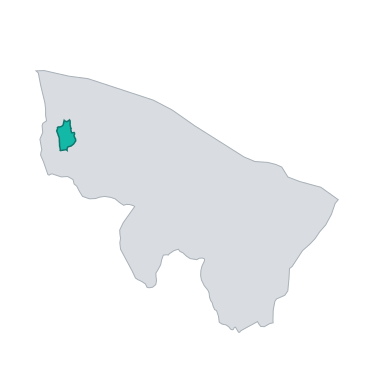 Potupo, River Gee, Liberia (highlighted), rotated 170°
{"feature_id": "62588387B58359330496040", "entity_name": "Potupo", "entity_type": "district", "adm_level": 2, "iso_a3": "LBR", "parent_name": "Liberia", "parent_adm1": "River Gee", "projection": "albers", "projection_center": [-7.817, 5.334], "detail": "fine", "context": "in_parent", "style": "filled", "palette": "teal", "viewbox_px": 384, "rotation_deg": 170, "n_neighbors": 0, "source": "geoboundaries", "source_scale": "gbopen_adm2", "svg_char_len": 3604}
<svg xmlns="http://www.w3.org/2000/svg" viewBox="0 0 384 384"><g transform="rotate(170 192 192)"><path d="M49.3,159.0L53.0,155.9L58.5,145.9L66.1,136.3L73.2,130.6L78.8,124.8L84.8,120.3L93.3,115.1L106.3,101.3L109.3,99.7L111.5,90.1L114.8,78.0L118.5,74.2L127.3,72.0L129.4,69.9L132.6,61.3L134.6,51.3L134.8,49.1L138.3,48.9L144.2,46.8L147.7,47.7L149.2,50.6L150.0,53.0L168.0,46.9L169.5,45.6L170.5,45.8L172.7,51.4L174.0,51.1L175.1,49.5L176.3,49.3L177.7,50.1L179.1,52.7L181.4,55.1L185.3,56.7L187.8,59.0L187.5,65.0L188.4,70.9L190.1,72.2L191.0,75.7L191.4,79.6L192.4,81.6L193.0,85.4L192.7,89.6L193.4,92.5L196.2,97.6L198.0,103.9L198.0,108.4L196.9,113.1L195.0,117.4L191.6,122.1L191.4,124.0L193.3,125.2L196.4,125.5L198.9,124.5L205.3,126.7L208.6,129.8L211.5,133.7L214.2,135.6L215.4,138.0L219.9,137.4L225.1,135.1L226.2,134.0L227.8,134.6L231.2,134.8L233.6,130.6L235.5,125.8L239.6,120.6L241.6,118.5L242.1,115.2L242.3,110.9L243.8,107.1L247.2,105.1L250.8,105.1L252.8,105.9L253.8,109.5L256.7,112.3L259.2,114.2L260.5,115.0L262.6,117.1L264.6,124.4L272.3,148.0L271.9,154.5L270.4,158.8L270.3,163.0L269.8,167.1L265.0,173.8L251.0,187.6L252.1,188.8L255.4,190.4L258.8,191.2L261.6,190.8L265.2,194.2L268.9,198.6L272.9,200.8L278.7,202.8L283.8,203.0L288.1,202.3L294.2,203.1L300.6,206.7L302.9,212.6L304.5,217.8L306.7,220.4L307.0,224.9L311.7,228.8L318.2,229.6L326.7,234.2L328.9,233.9L329.8,233.4L330.9,234.2L333.0,247.5L334.7,254.6L333.8,257.4L332.6,259.6L332.6,270.4L328.7,276.5L328.1,283.3L327.0,285.5L322.9,287.4L322.9,292.6L321.8,298.9L321.4,305.5L322.5,323.0L322.7,336.0L324.6,338.4L316.6,337.3L293.0,327.4L274.8,321.7L214.0,289.1L197.2,276.1L177.7,256.6L134.6,217.4L124.8,211.1L112.3,208.0L104.7,204.6L99.3,201.0L94.9,190.1L84.1,183.6L64.3,174.3L49.3,159.0Z" fill="#d9dde1" stroke="#a8b0b8" stroke-width="1"/><path d="M297.8,270.9L297.8,271.0L298.5,271.1L299.2,271.1L299.9,271.1L300.3,271.4L300.4,272.0L300.4,272.9L300.5,273.4L300.5,273.5L300.5,273.8L300.5,274.1L300.4,274.7L300.4,275.0L300.1,275.4L300.5,275.6L300.2,276.4L300.3,276.8L300.4,277.4L300.3,278.0L300.4,278.7L300.4,278.9L300.4,279.7L300.2,280.2L300.2,280.3L300.0,281.0L299.9,281.9L299.8,282.7L299.7,283.5L299.9,283.9L300.2,284.0L300.3,284.2L300.6,283.8L300.8,283.8L301.2,283.6L301.7,283.5L302.1,283.3L302.4,283.2L302.5,283.2L302.9,283.1L303.4,283.1L303.8,283.3L304.0,283.5L304.3,283.7L305.0,284.1L305.3,284.2L305.4,284.3L305.5,284.6L305.8,284.0L306.1,283.2L306.5,282.3L306.7,281.7L307.1,280.8L307.4,280.3L307.9,279.9L308.6,279.5L309.4,279.2L310.0,279.1L310.7,279.1L311.3,279.0L311.6,279.2L311.9,279.2L312.4,279.3L312.9,279.1L313.0,279.0L313.3,278.8L313.2,278.5L313.2,278.2L313.4,277.8L313.9,277.0L314.1,276.6L314.2,276.2L314.6,275.9L314.6,275.5L314.5,274.8L314.4,274.3L314.3,273.6L314.0,272.3L313.9,271.8L313.9,270.8L313.6,269.8L313.5,269.2L313.3,268.1L313.5,267.2L313.6,266.3L313.8,265.0L313.9,264.2L314.0,263.0L314.1,262.1L314.3,261.2L314.4,260.5L314.4,259.8L314.3,259.1L314.3,258.8L314.3,258.1L314.3,257.6L314.3,257.2L314.3,256.9L314.4,256.6L314.5,256.3L314.5,256.2L314.6,255.8L314.3,255.6L314.1,255.6L312.9,255.6L312.5,255.6L312.2,255.6L310.1,255.6L308.7,255.6L308.1,255.0L307.8,254.7L307.8,255.0L307.6,255.7L307.3,256.8L306.5,257.7L306.2,258.1L305.3,258.1L304.1,258.2L303.1,258.3L302.5,258.6L302.0,258.9L301.6,259.1L300.2,259.9L299.4,260.7L298.9,261.2L298.6,261.6L298.1,262.1L297.7,262.4L297.6,262.8L297.7,263.5L297.5,263.9L297.4,264.3L297.6,264.7L297.9,265.0L297.9,265.5L298.1,266.6L298.2,266.9L298.3,266.9L298.3,267.0L298.4,268.2L298.0,268.8L297.8,269.0L297.6,269.4L297.5,270.1L297.5,270.5L297.8,270.9Z" fill="#14b8a6" stroke="#0f766e" stroke-width="1.5"/></g></svg>